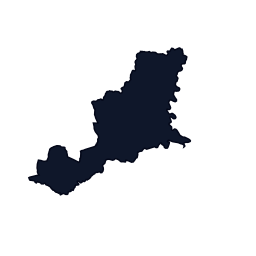 San Sebastián Tlacotepec, Puebla, Mexico (Albers equal-area conic projection), rotated 31°
{"feature_id": "50627088B11534934741350", "entity_name": "San Sebastián Tlacotepec", "entity_type": "district", "adm_level": 2, "iso_a3": "MEX", "parent_name": "Mexico", "parent_adm1": "Puebla", "projection": "albers", "projection_center": [-96.826, 18.377], "detail": "fine", "context": "isolated", "style": "filled", "palette": "ink", "viewbox_px": 256, "rotation_deg": 31, "n_neighbors": 0, "source": "geoboundaries", "source_scale": "gbopen_adm2", "svg_char_len": 5866}
<svg xmlns="http://www.w3.org/2000/svg" viewBox="0 0 256 256"><g transform="rotate(31 128 128)"><path d="M97.2,219.5L97.6,219.6L97.8,219.9L99.4,220.1L100.2,219.7L100.8,219.8L101.4,219.5L102.2,219.6L102.6,219.0L103.2,218.7L104.1,220.0L104.6,220.0L105.7,218.1L106.5,217.2L108.7,217.0L110.1,216.2L110.4,215.4L109.9,214.2L109.9,213.6L110.6,212.6L111.3,212.1L111.7,211.5L111.6,211.2L111.1,210.9L111.0,210.5L111.4,210.1L113.0,209.7L113.1,209.4L112.7,207.6L113.0,205.8L112.5,204.8L112.4,203.9L113.3,203.5L114.9,202.1L114.9,201.8L113.8,201.1L112.3,200.4L112.0,199.8L112.9,199.1L113.9,199.0L115.2,199.6L115.9,199.2L116.5,198.0L116.4,196.8L118.0,196.5L118.6,195.3L118.7,193.7L119.9,193.4L120.1,192.5L120.4,192.3L121.0,191.1L121.3,189.0L121.2,188.3L121.2,187.8L121.6,187.5L122.1,185.7L123.0,184.3L122.9,183.6L123.3,182.7L125.0,181.5L125.4,180.7L126.1,180.1L126.4,179.9L126.9,180.3L127.5,180.4L128.3,179.7L128.5,179.7L128.7,177.5L128.3,177.0L128.1,176.0L126.9,174.5L126.2,174.1L125.5,173.3L125.6,172.0L126.2,170.5L126.2,169.9L125.6,167.8L125.6,166.6L126.1,165.8L127.8,164.5L131.4,163.5L132.4,162.4L132.6,161.5L133.0,160.8L133.7,160.4L136.1,160.0L139.1,160.5L139.6,160.4L141.1,159.4L143.2,158.5L143.3,158.1L142.7,157.1L142.8,156.6L145.7,155.8L148.6,155.5L150.0,154.3L150.3,151.5L150.2,150.0L151.0,148.8L150.9,148.2L150.1,145.9L148.8,144.0L149.1,143.8L149.6,142.6L150.9,141.3L151.7,140.7L152.0,138.0L152.4,137.2L152.8,136.7L154.9,136.5L160.4,130.3L162.2,130.3L163.3,129.4L163.0,126.7L163.2,125.7L163.4,125.5L163.5,124.2L163.8,123.8L164.7,123.9L165.2,124.4L165.8,124.6L167.5,124.6L168.3,125.0L169.3,125.9L170.7,125.9L172.1,124.9L172.1,123.9L171.4,120.3L170.8,119.0L170.2,118.9L169.3,119.4L168.7,119.3L168.6,118.9L168.6,118.4L169.0,117.8L169.4,117.5L169.8,117.3L173.3,116.7L178.7,114.6L181.1,114.3L183.1,113.7L184.4,113.8L184.9,114.0L185.5,114.7L185.7,115.4L186.0,114.7L186.0,114.3L185.7,113.9L184.0,112.9L183.8,112.1L184.0,111.5L184.8,110.5L186.6,109.5L187.3,108.8L188.2,107.5L188.1,106.9L187.4,106.5L185.8,106.3L181.3,106.7L179.6,107.6L176.1,107.5L174.1,106.3L171.1,104.8L169.6,104.5L168.3,105.0L167.8,106.8L167.2,107.1L166.1,106.9L165.7,105.9L164.7,104.6L161.4,103.9L160.9,102.8L161.7,101.3L161.9,100.7L161.7,100.3L161.0,99.6L158.8,97.9L158.5,96.9L158.9,96.4L159.4,96.2L161.8,96.6L162.4,96.5L163.4,95.8L163.7,95.2L163.5,94.1L161.8,93.0L158.8,92.6L157.9,93.1L156.9,94.6L155.6,94.7L152.0,92.8L151.8,92.4L151.8,91.8L153.4,91.2L154.0,90.7L154.3,89.9L154.2,89.2L154.1,88.8L152.9,87.7L151.4,86.7L150.1,85.7L149.5,84.8L149.4,84.3L149.6,82.5L150.0,82.0L150.8,81.7L153.0,81.6L154.9,81.2L155.6,79.9L154.9,78.7L152.9,77.9L150.4,76.5L149.5,75.7L148.7,73.2L148.7,72.5L148.9,72.1L150.3,71.6L152.1,70.3L152.5,69.5L152.4,68.5L152.1,67.8L151.2,67.3L149.0,67.6L146.7,67.0L146.1,66.0L145.3,64.2L145.3,63.8L145.8,63.1L145.9,62.4L145.4,60.9L145.3,60.0L144.9,59.5L144.4,59.2L142.7,58.7L142.5,58.1L142.3,57.4L142.4,56.7L141.8,55.2L141.9,54.1L142.5,52.7L143.2,52.4L144.1,51.1L144.3,50.2L144.0,49.0L143.5,48.6L141.8,47.8L141.2,46.8L141.1,46.3L141.5,44.9L143.1,44.0L143.6,43.3L143.4,42.6L142.5,40.5L142.8,39.4L142.4,38.6L141.9,37.0L141.7,36.7L140.8,36.6L139.3,36.7L138.1,37.0L137.6,37.0L137.0,36.5L136.7,35.6L136.1,35.4L135.2,33.9L134.6,33.4L134.7,33.9L134.1,33.0L133.5,32.8L133.0,33.2L131.5,32.8L130.9,32.9L130.4,33.4L127.9,37.0L127.4,37.0L125.6,36.7L124.4,37.2L124.3,40.9L122.6,41.5L122.3,41.8L122.2,42.2L122.4,42.6L122.7,42.8L123.7,43.0L124.1,43.4L124.0,45.6L123.7,46.0L123.0,46.3L119.5,46.5L118.4,47.5L118.1,48.0L117.4,47.9L116.9,48.5L115.0,49.4L114.5,49.4L112.8,49.1L111.6,49.6L109.9,50.5L109.5,51.2L108.2,51.7L107.0,51.5L105.5,53.0L103.9,53.9L102.5,54.2L101.4,55.1L101.0,55.1L101.1,55.3L99.7,55.8L99.8,55.9L99.4,56.1L99.6,56.3L100.0,56.3L98.8,58.3L98.1,59.0L97.7,60.7L98.6,62.5L99.9,63.4L100.3,64.7L100.3,65.4L99.9,66.3L100.2,67.8L102.1,69.6L102.3,70.2L102.2,70.9L102.5,71.7L104.3,73.9L104.6,74.6L104.6,75.5L104.4,75.7L102.7,76.0L102.4,76.5L102.4,77.2L102.8,79.1L102.9,81.1L103.8,82.7L104.2,83.9L105.3,84.7L105.4,85.2L104.9,88.3L102.9,89.2L102.2,91.0L102.7,92.0L103.5,94.5L103.1,95.3L102.2,96.5L101.9,97.6L102.0,97.9L102.9,98.1L104.0,99.0L104.5,99.9L104.6,100.9L104.0,102.1L103.3,102.2L102.5,101.9L101.0,101.8L100.6,101.9L99.9,102.5L98.5,102.8L97.6,103.7L97.3,104.5L96.3,104.9L95.4,104.7L94.2,105.5L93.2,105.6L92.5,106.7L91.3,107.5L91.1,108.2L91.5,109.1L91.1,109.6L91.1,110.1L91.7,111.8L91.4,114.2L91.9,115.4L92.1,116.7L91.4,117.4L90.5,117.1L89.7,117.3L88.9,118.5L87.8,119.3L87.6,119.7L87.4,120.8L86.8,121.7L84.7,122.7L83.9,123.7L83.7,124.3L84.1,125.2L86.1,126.2L88.9,128.7L89.6,129.0L90.0,128.8L92.5,133.7L94.3,135.1L95.0,135.9L99.6,139.1L98.7,140.0L95.8,141.6L98.1,144.0L99.5,146.1L101.9,147.9L106.2,149.6L107.4,150.8L108.1,152.0L107.9,152.2L108.0,152.5L107.8,152.9L108.2,153.8L108.9,154.6L108.9,154.9L109.4,155.3L109.1,156.3L109.5,157.4L109.2,158.1L109.9,158.6L109.2,159.3L109.5,160.1L109.0,160.8L109.0,161.1L102.4,168.5L101.2,170.2L99.9,171.3L99.3,172.4L100.4,173.5L102.3,177.1L102.6,178.1L102.6,179.1L103.0,179.1L103.1,180.0L103.7,181.1L103.5,182.8L97.6,183.2L91.3,183.9L90.8,183.6L89.2,181.7L88.0,180.5L87.5,179.6L85.7,179.1L84.4,178.1L83.9,177.3L83.2,177.4L81.0,178.6L80.2,178.7L79.3,178.4L78.4,178.7L76.2,179.8L73.8,182.6L73.4,183.4L72.5,184.6L71.9,186.5L72.5,188.0L72.5,188.5L72.9,189.7L73.3,191.3L73.6,192.0L74.9,193.9L75.4,198.1L73.2,199.9L71.3,200.5L70.2,200.7L67.8,201.7L68.9,205.6L70.7,209.1L72.3,210.8L73.0,212.4L73.7,212.8L74.1,213.3L75.9,214.1L69.2,220.7L68.6,221.7L70.3,223.0L71.0,223.2L72.3,222.5L75.2,221.4L76.3,222.3L76.8,222.2L77.6,222.4L77.8,222.0L77.8,220.5L78.4,220.3L79.0,220.6L79.4,220.3L81.3,220.0L82.2,220.4L83.0,220.3L84.2,219.3L84.4,219.3L84.6,218.7L85.0,218.2L85.4,218.1L87.0,218.9L88.0,218.6L88.4,218.7L89.0,218.2L90.0,218.5L91.4,218.4L93.9,219.5L94.7,219.5L95.7,219.9L96.0,219.6L96.4,219.7L97.2,219.5Z" fill="#0f172a" stroke="#020617" stroke-width="1.5"/></g></svg>